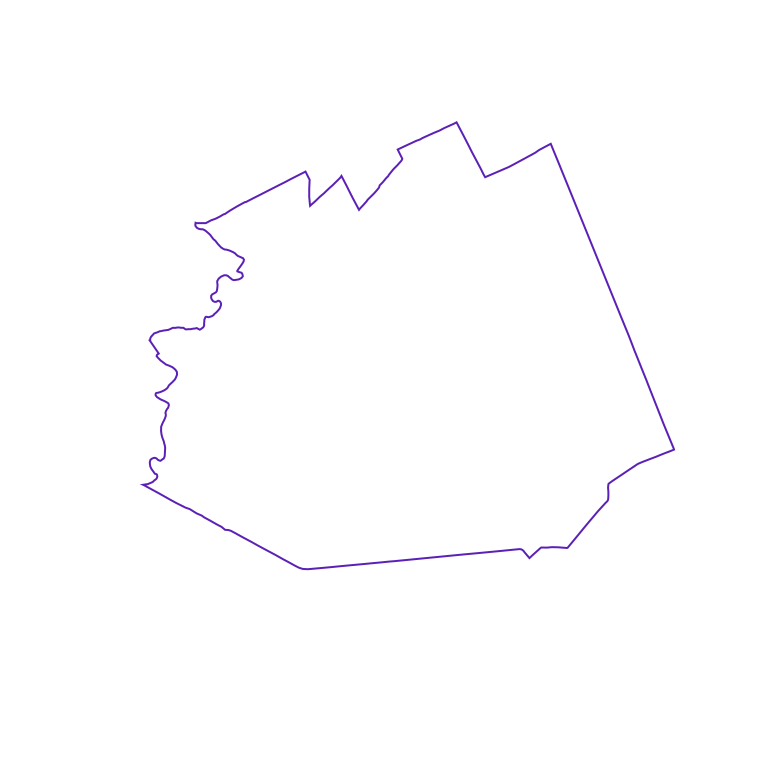 Gologanu, Vrancea, Romania, rotated 332°
{"feature_id": "2599482B67293682985135", "entity_name": "Gologanu", "entity_type": "district", "adm_level": 2, "iso_a3": "ROU", "parent_name": "Romania", "parent_adm1": "Vrancea", "projection": "orthographic", "projection_center": [27.287, 45.606], "detail": "fine", "context": "isolated", "style": "outline", "palette": "violet", "viewbox_px": 768, "rotation_deg": 332, "n_neighbors": 0, "source": "geoboundaries", "source_scale": "gbopen_adm2", "svg_char_len": 5950}
<svg xmlns="http://www.w3.org/2000/svg" viewBox="0 0 768 768"><g transform="rotate(332 384 384)"><path d="M609.3,578.1L609.5,577.1L612.2,549.5L613.2,541.0L614.3,531.3L617.1,506.9L617.4,504.6L618.6,493.0L620.6,474.6L620.6,474.1L622.2,461.3L622.9,455.4L624.9,435.3L638.2,307.3L641.2,278.1L641.7,273.4L644.0,250.2L642.2,250.2L637.4,250.2L632.8,250.2L630.8,250.2L628.5,250.5L626.1,250.8L604.3,251.0L596.1,251.0L575.6,249.3L570.4,248.9L570.3,245.6L570.5,238.9L570.5,232.1L570.5,220.7L570.7,211.5L570.8,203.6L570.9,190.4L570.9,187.0L567.5,187.0L557.5,186.3L552.0,186.3L546.2,185.7L536.9,185.1L533.5,184.9L530.5,185.0L526.3,184.4L522.0,184.2L516.7,183.9L508.7,183.5L506.2,183.4L506.1,185.7L506.0,189.7L505.9,193.7L505.2,194.4L503.5,195.3L501.5,196.0L498.3,197.2L493.7,198.6L492.1,199.2L488.4,200.8L486.5,201.6L485.3,202.4L482.4,203.3L477.6,205.3L473.4,206.6L472.1,208.0L470.8,208.7L467.3,210.1L464.5,211.1L456.2,213.6L454.0,214.7L452.0,215.4L450.0,216.2L445.5,217.7L443.7,218.5L443.7,211.8L443.7,205.2L443.8,199.6L444.0,191.7L444.1,183.0L444.1,180.3L442.3,181.3L439.3,182.2L431.9,184.4L428.1,185.3L424.1,186.4L420.3,187.5L415.6,188.5L411.7,189.6L409.3,190.3L406.9,190.9L404.6,191.4L402.4,192.0L403.0,190.4L405.9,183.5L409.7,176.4L414.2,168.8L414.4,159.6L413.0,159.6L398.4,159.3L391.7,159.3L387.3,159.2L382.7,159.1L360.0,158.7L355.7,158.6L347.6,158.5L346.4,158.1L337.4,158.2L333.3,158.4L329.5,158.6L325.2,159.0L323.6,159.2L321.7,158.9L317.6,159.1L313.1,159.0L310.8,158.7L308.4,158.3L302.2,158.3L298.6,156.4L293.9,153.9L293.3,153.2L292.6,154.2L292.3,154.6L291.7,156.0L292.2,158.4L293.4,160.1L294.5,161.1L296.6,162.3L297.9,164.0L298.7,165.7L299.8,168.5L300.6,170.8L300.8,172.5L301.0,173.7L301.4,176.1L302.3,178.2L302.7,180.5L303.1,182.7L304.3,187.0L305.7,189.5L306.7,190.6L308.1,191.5L310.3,193.7L312.8,196.9L313.8,198.7L314.4,200.7L315.2,202.5L316.7,204.3L317.9,205.9L318.6,206.8L318.7,208.5L317.8,209.6L316.5,210.6L312.9,212.5L309.7,214.0L307.6,215.2L307.4,215.7L308.5,217.0L309.4,217.9L310.4,218.8L310.6,220.0L310.3,221.6L309.8,222.7L308.7,223.2L307.8,223.5L305.5,223.5L304.7,223.4L303.2,222.9L302.1,222.5L301.3,222.3L300.2,221.8L299.4,221.0L298.7,220.0L298.4,219.0L297.5,217.0L297.0,215.5L295.9,214.1L294.5,213.2L293.5,212.9L290.4,212.7L287.4,213.4L285.1,214.8L284.2,216.5L283.6,218.3L282.6,219.9L281.6,221.4L280.6,222.7L279.7,223.7L278.7,224.1L277.4,224.2L275.8,224.2L274.4,224.2L272.9,224.9L271.9,226.6L271.6,228.4L271.8,229.4L271.9,230.4L273.0,231.9L274.2,232.6L275.0,232.7L276.1,232.6L276.8,232.7L277.3,233.2L277.7,233.7L277.9,234.3L278.0,234.9L278.0,235.8L277.8,236.7L277.2,237.7L276.7,238.2L275.3,239.5L274.2,240.3L272.1,241.2L269.7,242.0L268.1,242.4L266.8,242.6L265.8,243.2L264.0,243.3L261.9,243.0L260.5,242.7L258.5,241.1L257.6,241.2L256.3,242.3L255.5,243.0L255.0,243.9L254.2,245.2L253.2,246.7L253.0,247.4L252.5,248.0L251.9,248.5L251.2,249.0L250.5,249.2L248.8,249.4L247.8,249.6L246.8,249.5L244.9,246.7L244.2,246.6L242.0,245.8L240.5,245.2L239.5,245.0L238.5,244.6L237.8,244.2L237.0,243.7L235.8,243.3L234.9,242.9L234.4,242.4L234.0,241.8L233.6,240.9L233.4,240.4L233.2,240.2L232.5,239.8L231.2,239.1L230.7,238.7L229.7,238.0L228.8,237.4L228.4,237.3L227.5,236.9L226.6,236.6L226.1,236.5L225.6,236.2L224.9,235.8L224.2,235.4L223.7,235.2L223.2,235.2L221.9,235.2L220.6,235.1L219.6,235.0L218.8,234.9L217.7,234.5L216.9,234.2L215.2,233.6L214.1,233.2L213.5,233.0L212.5,232.8L211.5,232.5L210.9,232.2L209.9,232.1L207.9,231.9L207.1,231.8L206.0,231.6L205.1,231.5L204.7,231.4L204.3,231.5L203.6,231.9L203.0,232.1L202.7,232.1L201.8,232.5L200.6,232.9L199.7,233.5L198.9,234.2L198.2,235.3L198.1,235.6L197.6,235.5L199.4,251.4L197.4,251.6L196.3,252.7L196.8,254.9L197.8,258.4L200.8,264.7L202.7,266.7L205.2,270.0L206.5,273.3L206.8,276.1L205.7,278.5L204.4,279.7L202.4,281.3L200.9,282.1L199.4,282.5L198.1,283.0L196.8,283.3L193.8,284.1L192.7,284.7L191.5,285.5L190.3,286.0L189.2,286.2L187.0,286.4L184.8,286.3L182.9,286.1L180.6,285.7L179.0,285.1L178.3,285.1L177.6,285.7L177.1,286.6L177.1,287.6L177.5,289.2L178.2,290.3L178.8,291.5L179.8,293.1L182.0,295.8L183.4,297.9L184.5,299.8L184.2,301.6L182.8,303.1L181.8,303.9L181.1,304.0L178.8,305.5L177.4,307.0L177.2,308.1L176.8,309.0L176.0,310.1L174.2,311.7L172.9,312.7L171.4,313.7L169.5,315.1L167.1,317.2L166.1,319.1L165.2,320.6L163.9,324.0L163.3,326.4L162.9,328.9L162.6,331.4L162.1,333.0L161.6,335.4L161.2,336.6L160.8,337.7L159.3,340.1L157.4,343.3L156.5,344.7L155.6,345.6L154.3,346.5L153.1,346.4L151.7,346.8L150.4,346.8L149.3,345.6L148.7,344.7L148.2,342.9L147.0,341.6L145.8,341.1L143.6,341.0L142.1,341.4L140.5,343.1L139.6,345.1L138.9,347.2L138.8,350.0L139.1,352.1L139.6,355.7L140.8,356.8L140.9,357.8L140.5,359.1L139.7,360.1L138.2,361.0L135.8,361.3L134.5,361.8L132.8,361.9L131.1,361.7L129.5,361.6L128.4,361.5L127.4,361.1L124.6,360.1L124.0,359.9L124.6,360.7L128.8,367.1L133.9,374.8L139.9,384.2L144.4,391.1L150.5,399.7L152.3,401.7L153.8,403.3L156.9,408.7L158.0,410.5L161.2,414.5L162.6,417.3L166.8,423.7L170.8,430.0L173.5,433.9L175.2,438.1L178.2,440.0L180.0,441.9L188.3,454.5L191.0,458.5L192.3,460.4L196.6,467.1L202.2,475.5L208.0,484.1L212.6,491.3L215.7,495.9L219.8,502.2L222.6,506.2L225.3,509.0L226.5,509.8L229.7,511.7L232.2,512.8L235.8,514.3L241.9,516.9L251.2,520.8L260.7,524.7L266.2,527.0L272.4,529.6L277.2,531.6L281.2,533.3L288.0,536.1L297.8,540.2L305.4,543.3L310.0,545.3L349.7,561.7L371.0,570.5L387.0,577.2L403.1,583.9L425.7,593.2L426.5,593.6L427.4,594.3L428.2,595.3L428.8,596.8L429.2,599.1L430.7,606.0L434.3,605.0L445.6,602.2L446.5,602.4L450.2,604.5L451.6,605.2L455.7,606.9L461.2,610.0L468.6,614.7L469.1,614.8L469.5,614.7L482.8,609.2L493.1,604.9L499.7,602.2L513.4,596.7L523.8,593.0L526.0,592.4L526.9,591.9L527.9,590.9L530.0,587.4L531.9,583.7L532.5,582.2L533.3,580.5L534.5,578.7L535.2,577.7L536.2,577.4L539.6,576.9L552.4,575.6L556.2,575.2L560.0,574.8L567.9,574.0L569.7,573.8L571.6,573.8L576.1,574.2L577.5,574.4L585.0,575.3L589.5,575.9L593.5,576.3L597.5,576.7L605.6,577.7L609.3,578.1Z" fill="none" stroke="#5b21b6" stroke-width="2"/></g></svg>